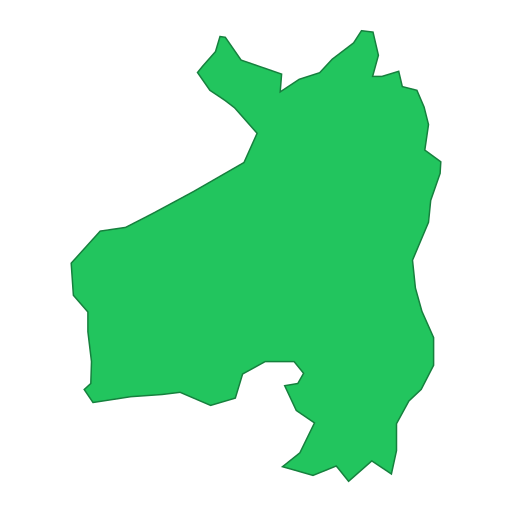 outline of Miliou, Paphos, Cyprus
{"feature_id": "46923920B61429363291480", "entity_name": "Miliou", "entity_type": "district", "adm_level": 2, "iso_a3": "CYP", "parent_name": "Cyprus", "parent_adm1": "Paphos", "projection": "mercator", "projection_center": [32.461, 34.939], "detail": "fine", "context": "isolated", "style": "filled", "palette": "green", "viewbox_px": 512, "rotation_deg": 0, "n_neighbors": 0, "source": "geoboundaries", "source_scale": "gbopen_adm2", "svg_char_len": 1002}
<svg xmlns="http://www.w3.org/2000/svg" viewBox="0 0 512 512"><path d="M197.5,72.5L209.9,90.3L225.1,100.5L234.6,107.8L257.1,133.3L244.0,162.5L193.2,191.7L152.5,213.6L125.6,227.4L100.2,231.1L71.2,263.2L73.4,295.3L87.9,312.0L87.9,331.7L91.5,361.6L90.8,383.5L84.2,389.5L93.0,402.5L130.7,396.7L162.0,394.5L180.1,392.3L210.6,405.4L235.3,398.1L242.6,374.0L265.1,361.6L294.1,361.6L303.6,373.3L297.8,383.5L284.7,385.7L296.3,410.5L314.5,422.9L299.9,452.8L282.5,466.7L313.0,475.4L336.2,466.0L337.6,467.6L348.6,481.3L371.8,460.9L391.4,474.0L396.5,450.6L396.5,423.7L408.9,401.0L421.2,389.4L433.6,365.3L433.6,337.6L421.9,311.3L415.4,288.0L412.5,260.2L428.5,222.3L430.7,200.4L440.1,173.4L440.8,161.8L424.8,150.1L428.5,124.6L424.1,107.1L416.9,90.3L402.3,86.6L398.7,71.3L382.0,76.4L372.6,76.4L378.4,55.3L373.0,32.1L361.5,30.7L353.6,42.9L332.2,59.2L319.7,72.7L299.2,79.3L280.2,91.9L281.6,74.1L241.1,60.1L225.3,37.3L220.0,36.5L215.5,51.6L202.7,66.1L197.5,72.5Z" fill="#22c55e" stroke="#15803d" stroke-width="1.5"/></svg>